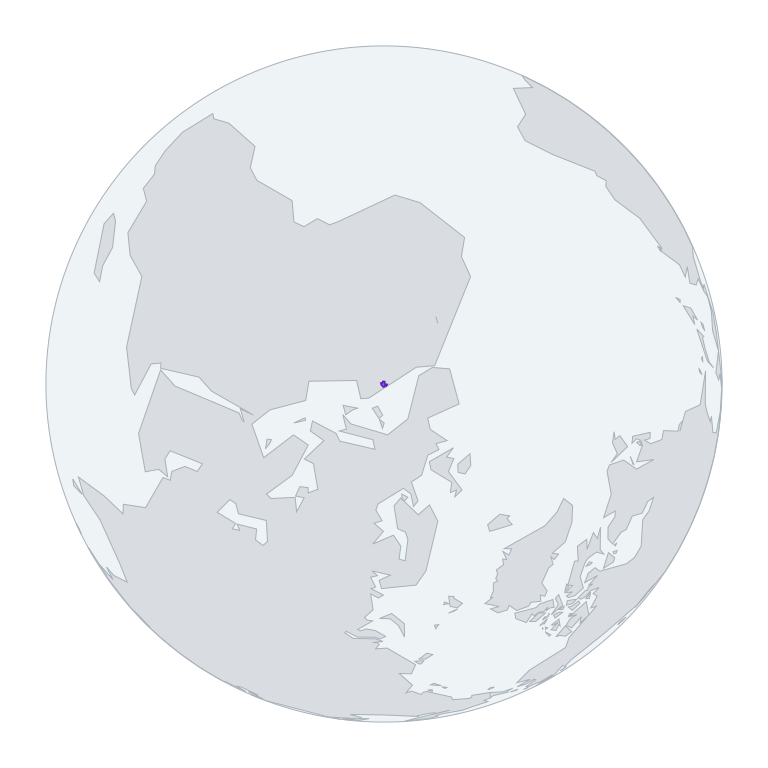 globe centered on Sétif, rotated 159°
{"feature_id": "DZA-2215", "entity_name": "Sétif", "entity_type": "Province", "adm_level": 1, "iso_a3": "DZA", "parent_name": "Algeria", "parent_adm1": "", "projection": "orthographic", "projection_center": [5.383, 36.112], "detail": "fine", "context": "on_globe", "style": "filled", "palette": "violet", "viewbox_px": 768, "rotation_deg": 159, "n_neighbors": 0, "source": "natural_earth", "source_scale": "10m", "svg_char_len": 11414}
<svg xmlns="http://www.w3.org/2000/svg" viewBox="0 0 768 768"><g transform="rotate(159 384 384)"><circle cx="384" cy="384" r="338" fill="#eef3f6" stroke="#a8b0b8"/><path d="M188.9,108.1L211.6,95.1L202.6,100.6L209.8,97.1L221.5,90.3L227.4,86.9L268.0,72.2L308.1,59.5L316.6,55.6L318.0,57.2L331.3,50.7L350.4,47.8L331.3,51.4L331.3,52.2L345.5,49.8L348.6,50.2L357.2,49.6L359.6,50.6L348.3,53.6L349.6,54.6L359.6,53.0L368.2,53.7L353.4,55.8L367.0,57.5L350.6,64.8L308.9,72.9L302.1,80.9L265.5,100.5L271.2,100.8L261.0,109.6L263.8,113.4L256.2,116.8L265.0,117.1L271.4,113.4L277.4,112.5L279.6,114.7L270.3,119.0L267.8,118.6L266.3,121.1L260.7,122.5L264.7,123.0L253.2,128.7L267.8,126.6L261.3,134.0L252.8,136.9L249.6,131.9L222.0,129.3L212.4,132.2L202.0,140.4L191.1,164.6L182.1,170.4L173.0,181.5L179.7,179.9L189.3,170.9L199.5,171.7L210.0,161.4L215.7,160.6L228.0,152.7L230.4,159.2L226.1,170.1L215.9,177.3L213.7,182.6L226.9,180.5L211.4,199.6L207.0,222.7L202.5,227.6L187.5,227.1L178.7,214.0L159.2,216.8L176.1,220.8L164.6,234.3L164.5,239.3L167.6,242.4L173.7,239.8L170.6,246.0L152.8,243.5L155.2,237.8L160.9,238.3L156.6,232.7L144.5,232.6L139.7,240.3L126.5,234.6L122.9,240.3L118.0,242.8L124.7,233.9L112.4,250.3L96.2,251.3L79.1,281.0L91.2,250.5L92.7,240.5L92.9,231.9L89.9,236.5L94.3,220.9L91.3,219.4L80.0,237.6L70.3,259.0L66.5,273.4L70.1,267.8L70.0,275.9L59.9,294.9L58.1,316.1L52.4,334.2L50.5,349.6L52.1,355.7L53.0,369.7L57.1,364.5L62.3,368.5L58.8,384.9L64.4,375.8L65.4,389.3L77.8,408.9L75.9,411.0L85.8,447.0L102.3,473.0L106.1,488.9L103.6,494.1L110.6,502.2L110.8,507.0L143.9,537.4L165.0,560.5L167.2,576.2L155.1,585.1L157.3,613.6L139.1,607.5L143.3,617.0L144.5,622.4L141.9,619.8L125.3,601.4L110.0,581.8L96.3,561.2L84.1,539.6L73.5,517.2L64.5,494.1L57.3,470.4L51.9,446.2L48.2,421.7L47.7,413.5L46.8,401.8L49.7,391.6L51.7,366.6L51.5,359.0L49.5,362.5L51.2,333.3L55.6,311.5L67.5,265.5L77.3,242.2L88.7,219.8L101.7,198.2L116.4,177.7L132.5,158.3L150.0,140.2L168.9,123.4L188.9,108.1ZM73.9,289.6L72.3,323.2L68.4,313.7L70.0,313.2L71.5,302.5L72.5,288.0L70.5,281.0L73.9,289.6ZM83.9,282.9L83.8,278.4L84.6,281.7L83.9,282.9ZM229.6,85.4L221.4,90.3L209.8,96.7L216.2,92.4L229.6,85.4ZM252.2,75.4L249.3,77.3L241.5,79.7L245.6,77.8L252.2,75.4ZM322.0,53.2L314.8,54.9L320.7,53.2L322.0,53.2ZM358.0,49.4L359.1,48.9L363.1,48.9L358.0,49.4ZM225.9,149.9L226.9,151.3L224.0,152.0L225.9,149.9ZM230.3,145.3L226.2,145.1L227.7,143.0L230.2,143.1L230.3,145.3ZM370.4,50.7L376.5,51.2L368.3,51.1L370.4,50.7ZM234.9,146.1L230.9,139.2L233.6,135.6L245.2,133.3L234.9,146.1ZM378.8,51.9L393.7,53.9L397.4,52.8L395.4,58.0L383.3,54.0L372.7,53.8L378.9,53.0L378.8,51.9ZM272.4,111.3L265.7,115.4L269.3,110.1L272.4,111.3ZM273.2,108.3L275.5,94.9L286.6,90.6L283.6,95.7L296.2,89.1L300.5,93.4L294.5,98.0L286.5,99.8L294.2,100.3L273.2,108.3ZM391.9,61.0L393.8,62.3L389.6,61.6L391.9,61.0ZM280.0,111.7L279.5,109.2L289.1,105.1L291.8,109.6L287.9,109.4L280.0,111.7ZM297.4,85.5L305.0,83.6L310.5,86.5L314.2,86.3L301.5,93.2L297.4,85.5ZM286.8,111.5L293.0,112.1L290.5,116.1L281.2,114.0L286.8,111.5ZM290.4,102.3L295.0,100.8L293.3,103.0L290.4,102.3ZM285.3,131.7L284.4,128.2L289.3,125.7L285.3,131.7ZM295.5,112.0L296.3,110.7L298.1,109.4L301.6,110.8L295.5,112.0ZM306.3,95.0L307.0,96.8L311.8,92.3L316.1,94.7L306.8,99.1L312.7,98.2L314.0,99.0L304.9,101.8L306.3,95.0ZM310.6,108.5L300.3,115.6L300.8,122.4L296.4,124.7L296.4,113.4L310.6,108.5ZM308.1,104.2L308.6,107.3L302.9,108.3L299.0,106.8L308.1,104.2ZM322.4,95.0L318.2,90.1L320.3,89.4L322.4,95.0ZM311.9,110.2L314.3,108.5L312.5,110.6L311.9,110.2ZM320.4,99.3L318.6,97.6L321.2,96.8L320.4,99.3ZM320.7,106.8L317.4,109.0L314.6,107.9L320.7,106.8ZM321.5,103.2L325.4,102.6L315.6,106.2L320.3,102.5L321.5,103.2ZM323.1,98.9L324.0,97.8L323.5,99.7L323.1,98.9ZM333.1,110.1L321.5,114.9L315.4,112.4L327.5,107.9L333.1,110.1ZM619.4,141.6L614.5,136.9L615.8,138.8L609.8,133.5L621.0,145.4L612.9,138.5L625.6,152.0L630.0,154.9L623.1,146.3L637.6,161.9L641.3,164.9L641.9,165.7L657.5,185.5L671.5,206.4L683.9,228.3L687.3,235.2L690.0,240.6L689.7,240.9L696.7,257.6L700.7,266.1L712.3,304.1L711.6,304.8L716.8,327.0L717.4,329.0L718.7,337.2L718.4,336.8L714.6,318.3L707.1,298.6L708.7,312.6L704.9,302.2L694.8,291.1L695.0,311.1L697.8,359.0L704.3,387.4L702.6,406.6L685.5,380.0L674.2,356.3L670.4,365.1L650.9,354.0L623.9,375.9L618.1,370.7L613.4,378.4L599.4,378.4L589.7,369.2L582.1,374.6L607.6,398.3L615.4,392.6L619.2,375.0L625.0,385.1L638.3,387.6L630.9,425.7L587.5,477.2L579.9,457.0L529.7,408.9L529.4,401.1L529.0,400.4L528.2,399.1L527.0,412.3L517.2,402.0L547.6,439.2L554.2,456.7L586.9,478.8L584.6,483.5L594.2,486.2L620.7,463.1L621.5,470.4L611.1,510.7L571.5,571.2L574.9,595.1L568.9,617.0L540.1,639.7L538.6,652.9L523.1,662.1L519.4,669.6L504.7,680.1L481.7,691.3L446.9,697.8L447.9,692.6L435.3,683.0L419.3,652.0L431.4,633.7L429.7,619.7L404.1,588.1L410.0,567.6L402.3,559.5L387.0,562.3L377.8,552.1L368.2,552.0L306.2,556.5L285.4,540.4L256.3,491.9L266.1,475.2L264.7,453.2L330.2,382.9L347.7,388.1L403.3,376.3L410.9,378.6L408.3,397.1L453.1,413.5L463.0,396.7L499.8,400.7L521.8,393.8L522.7,358.3L486.7,368.9L476.6,354.2L502.4,331.7L533.3,323.3L530.3,317.5L507.6,310.0L511.4,295.9L499.3,306.4L506.7,311.1L499.3,318.3L492.1,314.5L493.7,309.4L483.5,309.4L478.4,335.0L485.3,342.5L460.4,352.7L469.6,366.6L464.0,375.1L446.5,355.1L445.7,346.5L415.8,326.2L414.4,336.0L442.5,356.1L435.2,355.4L433.5,370.2L429.1,358.5L398.8,335.2L374.2,342.9L348.5,379.3L332.9,382.1L317.3,374.6L321.0,338.5L355.4,336.5L357.1,325.0L345.4,308.5L356.8,309.7L356.2,303.1L368.7,301.8L381.6,285.3L393.6,282.7L394.1,262.7L400.3,259.1L398.3,271.7L403.2,279.6L432.5,274.2L436.8,269.2L434.8,257.0L443.1,257.6L437.4,246.6L451.9,238.6L429.4,239.5L426.4,226.6L432.7,215.1L427.6,211.4L417.4,230.3L417.0,238.0L423.1,244.0L418.3,266.6L409.3,271.6L398.9,249.6L384.9,254.8L382.9,236.6L411.8,194.5L426.2,184.8L459.6,193.9L458.9,202.5L446.5,203.3L462.1,213.7L458.8,207.4L465.7,208.4L464.6,197.4L469.5,197.6L460.1,187.2L465.9,186.2L471.7,192.9L475.1,177.1L485.9,173.1L484.3,169.6L479.5,166.9L496.5,164.3L494.6,161.9L488.3,161.7L480.4,156.9L473.0,147.8L479.3,147.4L482.8,150.6L499.5,157.3L507.9,166.7L509.7,165.7L503.9,157.5L483.5,149.2L477.3,144.0L487.2,146.6L483.1,145.2L482.0,142.5L486.7,139.7L475.9,136.4L455.1,110.7L462.2,103.6L473.4,108.2L465.4,92.6L474.1,87.8L468.3,87.4L460.5,80.8L457.7,82.1L454.4,81.6L433.2,67.6L433.1,64.7L417.4,60.0L414.4,60.1L413.6,61.8L395.4,58.0L397.4,52.8L404.1,52.8L400.8,50.3L416.5,51.1L428.0,51.4L447.1,55.1L454.5,55.7L452.4,54.7L460.8,55.5L485.8,61.8L475.1,60.6L439.6,56.0L454.9,57.7L454.3,58.9L461.5,60.7L472.1,62.3L471.5,61.5L503.0,75.2L534.0,87.6L525.0,80.9L527.8,80.5L555.2,93.1L603.9,127.9L607.5,130.5L619.4,141.6ZM312.1,421.5L311.4,428.4L312.1,421.5ZM569.4,331.4L585.7,324.0L572.5,307.0L577.6,303.1L571.2,299.1L571.4,305.9L554.9,294.3L559.8,284.5L554.8,276.6L549.1,278.8L542.8,298.8L566.4,315.0L565.2,325.5L569.4,331.4ZM78.3,409.3L79.3,414.8L77.0,411.7L78.3,409.3ZM65.5,318.6L66.3,323.2L65.9,327.9L64.8,325.5L65.5,318.6ZM78.4,354.1L80.6,360.3L77.3,356.6L78.4,354.1ZM72.6,328.1L76.6,349.8L70.4,344.9L68.3,331.4L71.2,336.8L72.6,328.1ZM78.5,290.1L78.5,293.8L76.8,295.9L78.5,290.1ZM84.5,285.4L84.1,284.6L85.2,281.0L84.5,285.4ZM165.7,234.4L167.0,234.8L169.0,238.9L165.8,239.0L165.7,234.4ZM191.8,247.1L186.3,257.0L188.0,249.6L182.4,251.2L179.0,238.3L200.1,229.4L191.1,235.4L191.8,247.1ZM180.3,219.8L180.1,228.2L179.5,219.4L180.3,219.8ZM340.7,271.0L346.5,275.0L343.9,282.6L328.7,288.1L332.2,276.8L340.7,271.0ZM355.2,279.1L349.1,257.0L358.3,253.4L354.2,259.0L360.9,258.9L356.0,268.0L370.8,287.1L369.5,295.2L342.1,299.6L351.8,293.3L345.5,289.4L355.2,279.1ZM317.4,214.4L314.8,206.8L338.1,208.5L337.7,215.5L322.6,220.9L314.0,215.8L317.4,214.4ZM256.1,144.4L253.7,142.8L256.2,141.4L260.4,141.5L256.1,144.4ZM284.5,130.3L269.6,150.3L266.0,149.3L261.6,163.2L250.4,166.3L253.6,157.0L241.7,170.3L240.2,163.2L233.2,172.8L241.6,151.7L239.7,146.5L246.0,151.0L256.3,148.1L260.2,145.3L269.9,133.9L271.0,122.1L281.4,118.1L288.4,118.5L289.8,120.7L282.6,122.4L289.5,124.1L280.2,128.4L284.5,130.3ZM365.1,135.8L356.2,135.0L368.5,142.9L359.2,145.7L361.3,146.4L356.1,151.4L353.2,159.0L348.4,159.4L349.4,162.3L346.0,166.0L345.7,170.1L337.0,172.6L336.0,178.1L332.4,176.1L333.0,185.1L328.7,179.6L323.9,184.4L330.6,187.2L284.4,194.0L268.4,202.4L257.3,212.8L251.5,203.0L258.1,187.6L271.3,171.7L287.6,165.6L282.0,162.7L288.1,159.1L290.0,162.9L290.8,155.1L296.3,153.2L308.1,141.5L305.8,132.4L310.0,128.2L313.7,130.9L315.4,125.0L325.2,127.5L328.4,124.8L341.3,125.0L346.5,132.5L349.8,128.9L359.7,129.5L365.1,135.8ZM336.7,110.3L345.0,117.7L344.0,123.1L322.0,120.7L317.6,122.8L303.5,122.3L305.2,114.6L309.1,115.4L313.3,114.4L311.1,117.2L316.0,114.3L321.5,115.4L326.8,113.6L328.1,116.4L336.7,110.3ZM417.3,370.9L422.7,371.0L430.7,369.1L429.8,378.7L417.3,370.9ZM396.4,355.3L401.0,353.6L403.6,365.5L397.9,365.7L396.4,355.3ZM401.3,343.1L401.0,352.6L397.8,347.6L401.3,343.1ZM402.3,269.7L406.9,267.6L408.3,270.3L406.8,274.9L402.3,269.7ZM399.7,162.7L394.8,160.6L395.6,159.0L389.4,151.1L395.7,148.8L402.0,152.7L399.7,162.7ZM517.9,366.0L512.9,374.4L509.0,372.4L511.5,369.8L517.9,366.0ZM470.2,378.2L482.2,379.9L469.8,380.8L470.2,378.2ZM405.6,158.9L402.3,155.8L407.5,156.7L405.6,158.9ZM400.1,146.8L405.9,147.0L395.8,147.7L400.1,146.8ZM614.9,591.4L587.9,633.9L575.3,640.3L576.3,632.2L588.5,608.7L604.2,595.3L612.8,581.5L614.9,591.4ZM721.3,364.3L720.4,358.2L720.3,351.8L720.4,352.1L721.3,364.3ZM705.3,389.0L710.1,400.2L708.6,407.0L705.3,389.0ZM694.5,250.5L695.9,254.0L694.3,250.4L690.0,240.6L690.3,241.2L694.5,250.5ZM455.5,140.5L457.1,153.5L462.4,162.6L472.1,166.7L459.1,167.0L450.9,153.0L455.5,140.5ZM454.5,114.1L446.0,111.4L449.1,109.5L451.5,109.9L454.5,114.1ZM449.8,114.6L440.5,117.3L435.4,113.9L443.7,112.4L449.8,114.6ZM423.4,136.9L423.4,140.7L419.1,139.8L423.4,136.9ZM550.7,90.1L546.6,87.8L544.9,86.8L550.7,90.1ZM540.3,84.4L543.1,86.1L523.5,79.1L517.6,76.9L528.7,79.0L532.0,80.8L538.1,83.6L540.3,84.4ZM396.7,61.6L394.1,62.2L394.4,61.0L396.7,61.6ZM453.0,82.5L448.5,81.5L449.0,79.7L453.0,82.5ZM436.2,78.0L438.7,80.6L433.5,78.0L436.2,78.0ZM444.8,86.7L438.5,81.8L448.3,86.4L444.8,86.7Z" fill="#d9dde1" stroke="#a8b0b8" stroke-width="1"/><path d="M381.4,382.9L381.2,382.7L381.2,382.4L381.6,382.4L381.8,382.4L381.9,382.2L382.0,382.1L382.1,381.9L382.0,381.7L381.9,381.7L382.0,381.6L382.3,381.6L382.5,381.5L382.5,381.4L382.7,381.2L382.8,381.3L383.1,381.5L383.0,381.8L383.1,382.0L383.2,382.3L383.4,382.4L383.5,382.4L383.7,382.2L383.8,382.0L383.9,381.9L384.1,381.9L384.3,381.7L384.3,381.4L384.4,381.2L384.5,381.2L384.6,381.3L384.6,381.5L384.8,381.6L385.0,381.4L385.3,381.5L385.7,381.4L385.8,381.5L385.8,381.9L385.8,382.0L386.0,382.1L386.3,382.2L386.3,382.3L386.3,382.5L386.3,382.9L386.3,383.0L386.4,383.3L386.5,383.3L386.6,383.5L386.6,383.8L386.6,384.0L386.8,384.1L386.9,384.3L386.8,384.9L386.8,385.0L386.7,385.2L386.7,385.3L386.7,385.5L386.6,385.4L386.4,385.3L386.3,385.2L386.1,385.2L385.9,385.2L385.7,385.3L385.6,385.5L385.8,385.7L385.8,385.8L385.7,385.9L385.7,386.0L385.4,385.9L385.2,385.8L385.1,385.7L384.9,385.7L384.9,385.8L384.7,386.0L384.4,386.3L384.4,386.5L384.3,386.8L384.2,386.8L383.2,386.6L383.0,386.4L382.7,386.2L382.4,386.0L382.4,385.7L382.5,385.7L382.8,385.6L382.8,385.4L382.8,385.2L382.9,384.9L383.0,384.6L383.0,384.3L383.1,384.2L383.1,383.9L383.3,383.8L383.3,383.7L383.4,383.4L383.3,383.5L383.2,383.5L383.2,383.4L383.1,383.2L382.9,383.3L382.7,383.2L382.5,382.9L382.3,382.8L382.2,382.8L381.9,382.9L381.7,382.9L381.4,382.9Z" fill="#8b5cf6" stroke="#5b21b6" stroke-width="1.5"/></g></svg>